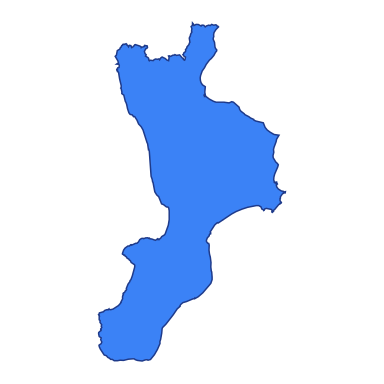 outline of Calabria, Catanzaro, Italy
{"feature_id": "23120603B55310757134450", "entity_name": "Calabria", "entity_type": "district", "adm_level": 2, "iso_a3": "ITA", "parent_name": "Italy", "parent_adm1": "Catanzaro", "projection": "orthographic", "projection_center": [16.268, 39.03], "detail": "fine", "context": "isolated", "style": "filled", "palette": "blue", "viewbox_px": 384, "rotation_deg": 0, "n_neighbors": 0, "source": "geoboundaries", "source_scale": "gbopen_adm2", "svg_char_len": 5918}
<svg xmlns="http://www.w3.org/2000/svg" viewBox="0 0 384 384"><path d="M115.2,56.3L117.9,60.9L118.4,62.9L118.2,64.0L118.9,64.3L119.3,65.5L119.0,67.5L117.9,67.7L116.7,69.6L116.8,70.1L117.6,70.2L117.3,70.9L117.4,71.6L118.3,72.0L118.6,72.6L119.6,78.9L121.2,85.6L121.2,87.5L120.7,88.1L121.2,88.7L121.9,92.1L121.8,93.6L123.8,95.1L125.3,101.3L126.0,102.5L126.7,104.6L127.5,108.6L128.9,112.8L130.1,114.4L132.3,114.9L133.5,116.6L134.1,117.0L133.6,116.4L134.7,116.6L137.0,120.2L138.6,124.0L141.1,126.6L143.0,129.9L147.0,142.5L147.6,143.7L148.4,149.2L148.6,149.0L149.3,151.2L151.1,176.3L152.2,179.4L152.6,181.9L153.0,182.3L154.8,191.8L156.7,194.9L158.7,196.7L161.6,203.9L163.5,204.6L166.4,206.9L168.0,207.1L168.7,208.0L169.2,210.8L169.2,219.7L168.3,225.2L165.3,233.6L164.6,234.8L161.7,236.6L160.8,238.0L159.3,239.2L158.7,239.5L158.5,239.1L158.2,238.9L158.6,239.5L157.6,239.5L158.3,238.3L155.4,240.3L151.8,239.0L149.9,238.8L149.5,238.1L148.6,238.4L148.0,237.8L145.6,237.9L143.7,238.7L143.1,238.3L141.4,238.5L139.7,239.7L138.4,242.0L136.9,243.3L135.6,243.3L132.4,244.8L131.8,244.7L131.6,245.0L131.4,244.8L131.8,244.5L130.9,245.0L130.6,244.8L129.4,246.0L127.9,246.0L125.0,248.1L123.6,250.1L122.4,253.6L122.5,254.2L123.7,254.7L123.9,255.2L124.7,255.2L125.2,256.2L126.3,256.8L127.2,258.3L128.7,259.0L129.3,260.0L130.3,260.6L131.2,262.5L134.5,264.7L134.8,265.8L134.6,267.4L132.3,275.9L130.9,279.7L130.1,280.5L129.8,281.7L128.1,284.0L126.4,288.2L126.3,288.8L126.6,289.2L126.0,290.5L125.3,290.9L124.9,291.9L124.1,292.8L123.5,292.9L123.0,293.9L123.4,294.8L122.9,295.3L122.5,296.9L122.6,298.8L121.0,301.9L121.1,302.5L120.7,302.6L120.4,303.4L118.4,305.6L113.0,309.1L110.6,309.7L109.2,309.4L109.0,308.9L108.0,309.9L107.3,309.6L106.2,309.9L104.6,310.5L103.5,311.7L99.4,312.9L99.0,314.1L99.2,315.1L98.8,314.8L98.7,314.8L99.2,315.9L99.2,319.8L100.1,320.5L100.0,322.4L101.7,324.8L101.2,326.2L101.8,327.3L101.2,328.3L101.1,329.7L100.8,329.4L101.0,328.5L100.7,329.0L100.8,330.6L98.7,332.5L98.6,333.8L99.2,336.5L101.2,337.9L100.7,339.7L101.8,342.0L101.2,343.6L99.0,345.2L99.3,346.8L100.4,349.2L104.2,355.0L106.4,355.7L107.8,357.4L109.4,358.2L110.7,359.4L112.3,359.4L114.2,360.7L117.6,360.7L120.1,360.2L123.5,360.4L128.3,359.2L133.2,358.8L134.6,359.0L135.1,359.6L137.4,360.4L142.2,361.0L145.3,359.9L147.1,359.7L148.0,360.2L150.5,359.5L154.4,354.7L157.4,349.5L160.0,343.5L159.9,341.6L160.6,339.5L161.7,333.3L162.1,328.8L162.5,327.6L165.8,324.3L173.2,314.8L177.2,308.9L179.8,306.6L179.6,306.5L180.7,304.5L182.9,302.6L186.4,301.6L193.1,298.8L194.2,298.8L194.7,298.2L194.8,298.5L194.5,298.6L194.2,299.0L198.3,296.7L202.8,292.8L210.8,283.4L212.1,279.6L212.1,277.0L211.7,271.9L211.3,271.1L210.8,267.0L211.0,262.6L210.3,257.1L209.5,254.1L209.0,250.2L209.2,245.0L208.7,243.4L207.8,243.3L206.5,241.6L206.4,240.3L207.3,237.9L209.2,235.8L209.3,234.7L209.9,234.0L210.5,233.9L210.4,233.4L210.8,233.0L210.2,231.9L214.7,225.0L217.0,222.9L217.8,222.6L218.1,222.8L217.8,223.0L218.2,223.0L231.6,214.0L236.2,211.5L242.1,209.1L247.6,207.3L256.2,205.6L258.7,205.6L260.9,206.8L261.9,209.1L263.6,209.9L263.7,210.5L264.6,210.1L264.2,210.1L264.8,208.9L266.3,208.4L271.2,209.4L272.2,210.4L271.8,211.9L272.3,212.4L272.7,212.1L272.5,211.4L273.1,211.3L272.9,211.1L273.1,210.6L274.5,209.7L278.7,204.6L279.9,204.0L279.9,203.5L280.3,203.6L280.7,203.0L281.1,203.1L281.4,202.5L280.0,200.7L280.1,199.4L279.9,198.9L280.4,198.2L280.4,196.8L282.4,193.9L283.3,193.4L283.3,192.9L285.2,192.9L285.4,191.7L284.4,192.0L283.3,191.3L281.4,191.0L278.3,189.0L276.9,187.2L276.4,185.7L276.3,184.7L277.0,184.2L277.0,183.7L277.1,184.3L277.3,184.0L276.9,182.9L275.8,181.5L277.0,183.4L276.3,183.3L276.4,182.8L275.8,183.2L274.8,182.7L275.8,182.1L274.5,182.4L273.7,179.8L273.9,177.1L274.7,174.0L277.7,167.0L278.3,164.8L277.4,163.5L275.7,161.9L273.2,157.7L273.0,155.7L273.8,152.3L273.5,149.5L274.0,147.4L276.1,141.7L276.6,139.2L279.0,135.2L274.1,134.5L270.0,132.1L267.2,130.0L265.1,127.4L263.3,122.8L255.7,121.0L253.9,120.1L253.8,119.6L253.4,119.4L253.7,119.4L254.1,119.6L250.4,117.9L248.9,116.7L244.8,114.6L244.3,113.8L240.9,111.2L239.7,109.5L239.0,107.1L233.5,102.2L231.7,101.7L229.1,102.9L223.9,102.2L216.1,102.2L213.5,101.3L209.4,99.1L206.1,96.6L205.1,95.1L205.3,94.7L204.8,95.3L205.2,96.3L204.8,95.9L204.8,96.5L204.5,96.5L204.6,95.6L204.0,95.1L204.6,94.3L205.2,94.4L204.8,92.2L205.3,86.7L202.5,84.9L201.0,82.6L200.4,80.4L200.2,77.8L200.6,75.5L202.2,71.0L204.5,67.7L206.2,64.4L209.5,60.0L211.3,58.5L213.9,55.4L215.6,52.2L216.5,51.3L216.8,50.0L215.6,48.5L215.0,47.1L214.5,42.3L213.2,39.3L213.2,38.3L213.8,36.4L213.6,34.9L214.0,32.6L215.9,29.6L218.5,26.9L217.8,26.1L216.7,25.8L216.5,25.1L215.7,24.8L213.7,25.2L211.7,24.4L210.1,25.6L208.9,25.1L208.0,25.4L206.5,25.9L205.2,26.9L203.8,25.3L202.0,25.1L201.1,26.0L198.3,24.5L196.1,24.4L194.0,25.5L193.5,24.2L192.5,23.0L192.4,25.4L191.1,26.5L191.9,28.7L191.5,31.2L191.9,32.0L190.8,33.8L190.3,35.4L190.4,36.0L189.5,37.3L189.3,38.4L189.9,42.3L189.3,43.2L189.0,44.5L186.9,47.0L186.7,48.2L185.5,49.6L185.7,50.9L185.3,51.8L184.0,52.6L183.5,54.1L182.9,54.6L184.1,56.3L185.5,57.1L184.9,59.9L184.4,60.2L183.3,59.3L183.2,58.3L182.4,58.1L179.6,54.9L176.5,55.4L174.9,54.6L174.4,55.1L172.8,55.2L170.7,56.4L169.2,55.8L168.5,56.0L169.1,57.4L168.6,60.7L167.0,60.1L165.2,58.5L162.1,57.0L160.7,58.0L159.6,59.8L158.9,58.9L157.5,59.3L155.6,59.0L154.2,59.6L153.2,60.6L150.0,60.2L149.3,60.8L148.8,60.1L148.6,58.3L148.0,57.6L145.5,56.1L146.2,54.8L145.0,53.5L144.4,51.3L145.9,48.6L146.8,48.4L147.5,47.5L147.2,45.9L144.6,45.4L144.3,45.8L144.4,46.5L142.4,47.1L141.6,47.0L141.2,47.5L141.0,46.8L140.0,46.1L135.3,44.6L134.6,44.9L134.3,45.7L133.5,46.1L133.2,46.7L131.7,47.6L130.9,45.6L129.3,45.3L128.5,46.8L128.0,45.8L127.0,45.2L126.9,44.4L126.1,43.7L124.7,44.4L124.1,44.1L122.7,44.5L122.6,45.2L121.7,45.6L121.2,47.0L120.4,47.5L119.8,49.1L117.3,50.6L116.4,55.2L115.2,56.3ZM117.3,63.6L116.6,64.1L117.9,64.2L117.9,63.8L117.3,63.6Z" fill="#3b82f6" stroke="#1e3a8a" stroke-width="1.5"/></svg>